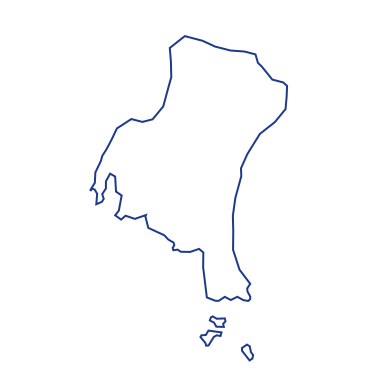 Kwaksan, P'yŏngan-bukto, North Korea (orthographic projection), rotated 14°
{"feature_id": "82179303B20796163774072", "entity_name": "Kwaksan", "entity_type": "district", "adm_level": 2, "iso_a3": "PRK", "parent_name": "North Korea", "parent_adm1": "P'yŏngan-bukto", "projection": "orthographic", "projection_center": [125.081, 39.675], "detail": "fine", "context": "isolated", "style": "outline", "palette": "blue", "viewbox_px": 384, "rotation_deg": 14, "n_neighbors": 0, "source": "geoboundaries", "source_scale": "gbopen_adm2", "svg_char_len": 1605}
<svg xmlns="http://www.w3.org/2000/svg" viewBox="0 0 384 384"><g transform="rotate(14 192 192)"><path d="M258.6,66.1L254.1,63.6L242.7,63.5L236.0,58.4L229.2,53.3L224.7,50.7L220.3,43.1L208.9,43.0L195.2,45.4L179.2,45.3L165.6,42.7L147.3,42.5L135.6,57.6L139.9,70.3L144.1,85.5L143.7,100.7L143.4,115.9L136.2,131.0L126.9,136.0L115.5,135.9L103.8,148.4L101.2,161.1L98.7,171.2L96.2,178.7L96.1,183.8L93.5,196.4L95.5,206.6L93.1,214.1L93.1,215.6L94.3,212.9L97.0,213.2L100.4,216.6L102.1,227.0L106.9,223.4L108.0,220.0L105.4,215.8L107.6,209.4L105.9,202.5L108.1,194.0L113.7,195.6L118.2,210.0L124.6,212.4L125.5,227.7L123.1,233.2L129.9,235.9L133.3,231.1L143.1,231.9L144.9,230.7L152.9,225.5L152.7,227.1L158.3,237.4L175.6,240.7L180.6,243.9L186.3,245.5L187.7,247.8L186.8,250.9L188.0,253.0L192.0,251.4L195.5,252.7L204.7,250.6L212.6,245.5L217.6,247.9L221.2,263.0L221.6,263.8L231.9,290.7L241.0,291.9L244.3,291.1L249.2,285.8L255.8,287.4L261.3,282.7L268.1,284.5L272.9,284.1L274.3,282.1L274.0,279.6L269.9,275.1L268.9,272.2L270.7,267.0L256.9,255.9L245.8,238.1L241.6,220.4L237.4,205.2L235.5,187.4L236.0,164.7L233.8,157.1L236.5,141.9L243.8,119.2L255.5,104.1L262.7,88.9L260.7,76.3L258.6,66.1ZM245.2,336.9L248.2,327.4L250.6,325.1L254.5,324.8L254.6,321.1L241.5,322.5L240.0,327.4L235.8,328.8L235.3,330.7L241.7,335.4L242.9,337.7L245.2,336.9ZM290.9,339.0L290.8,335.5L287.9,333.1L285.3,327.7L282.2,326.8L278.2,331.3L279.0,334.0L288.6,341.5L290.9,339.0ZM254.4,306.7L246.7,309.0L242.2,307.7L240.7,309.1L240.4,312.3L245.0,313.4L248.2,316.8L255.5,315.2L254.1,312.3L255.8,309.4L254.4,306.7Z" fill="none" stroke="#1e3a8a" stroke-width="2"/></g></svg>